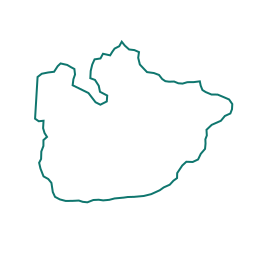 outline of Santo Antônio do Pinhal, São Paulo, Brazil, rotated 11°
{"feature_id": "56859067B50632789381856", "entity_name": "Santo Antônio do Pinhal", "entity_type": "district", "adm_level": 2, "iso_a3": "BRA", "parent_name": "Brazil", "parent_adm1": "São Paulo", "projection": "albers", "projection_center": [-45.697, -22.83], "detail": "fine", "context": "isolated", "style": "outline", "palette": "teal", "viewbox_px": 256, "rotation_deg": 11, "n_neighbors": 0, "source": "geoboundaries", "source_scale": "gbopen_adm2", "svg_char_len": 1427}
<svg xmlns="http://www.w3.org/2000/svg" viewBox="0 0 256 256"><g transform="rotate(11 128 128)"><path d="M35.0,136.6L39.1,138.4L43.7,137.0L44.7,144.4L47.0,148.8L50.2,152.2L47.3,156.0L48.4,161.8L47.4,167.6L48.6,175.0L47.4,179.1L49.8,184.5L54.3,191.6L59.5,193.3L63.3,196.5L66.4,205.2L69.5,209.5L74.7,211.1L80.8,211.5L87.9,210.0L93.6,208.6L97.7,209.1L102.3,208.7L107.7,205.3L113.0,204.0L117.4,203.8L123.3,202.1L128.3,199.7L137.2,197.1L140.9,195.8L147.2,194.4L156.5,191.7L163.4,188.5L167.9,185.3L171.1,183.0L174.4,179.5L179.8,175.7L182.7,171.0L185.7,167.8L184.9,162.9L188.4,154.5L191.7,150.0L198.0,149.0L202.8,145.5L204.4,139.4L207.6,133.8L207.1,128.6L206.1,124.3L206.8,120.3L205.4,114.8L209.6,108.9L217.8,103.2L220.8,97.7L225.7,94.2L226.5,89.7L225.8,84.6L221.8,80.7L215.9,79.4L209.6,78.1L203.5,79.2L197.4,77.9L193.8,76.5L191.2,72.4L189.6,68.5L183.8,70.4L177.5,71.7L173.1,74.0L168.9,74.5L164.4,73.6L159.5,74.7L155.7,74.9L152.2,73.4L148.3,70.0L142.9,69.1L136.0,69.5L131.5,66.3L127.5,63.4L124.6,57.1L124.3,51.4L119.4,50.3L114.1,50.7L109.1,47.7L105.4,44.5L103.8,49.4L99.7,52.6L98.1,56.1L96.6,60.1L89.3,59.9L87.7,65.0L82.1,67.0L80.8,72.5L80.5,79.1L81.5,86.3L86.4,87.1L91.2,92.1L93.6,97.8L101.4,100.1L102.1,106.0L96.4,110.4L91.2,108.9L82.5,101.2L65.5,96.6L65.1,90.5L65.8,85.6L64.1,80.3L60.5,79.2L56.3,77.7L49.5,77.5L47.2,80.7L44.7,86.9L39.1,88.7L33.0,91.2L29.5,95.2L35.0,136.6Z" fill="none" stroke="#0f766e" stroke-width="2"/></g></svg>